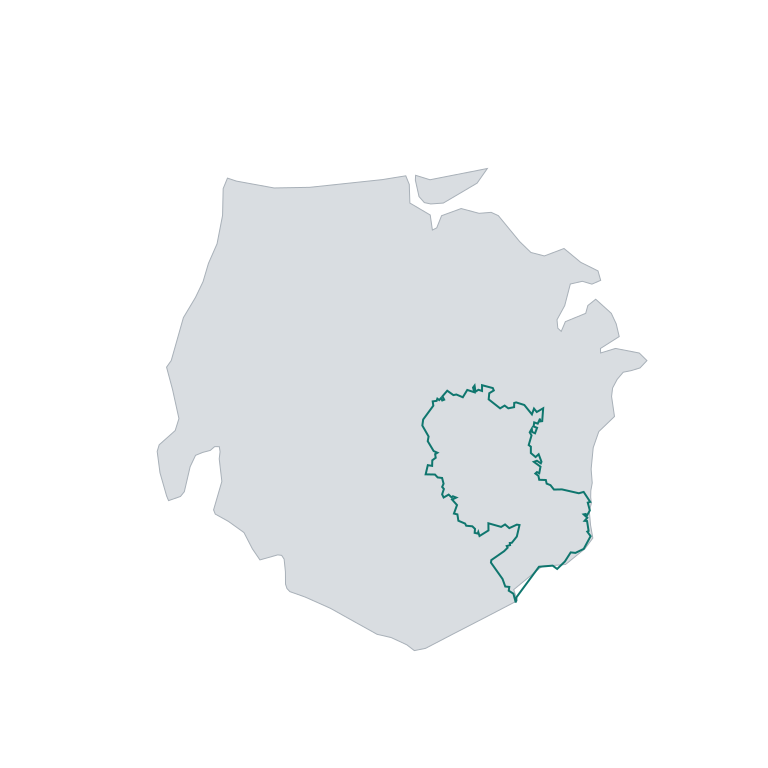 Bombali, Northern, Sierra Leone (highlighted), rotated 153°
{"feature_id": "65957751B29483301504535", "entity_name": "Bombali", "entity_type": "district", "adm_level": 2, "iso_a3": "SLE", "parent_name": "Sierra Leone", "parent_adm1": "Northern", "projection": "orthographic", "projection_center": [-12.185, 9.331], "detail": "medium", "context": "in_parent", "style": "outline", "palette": "teal", "viewbox_px": 768, "rotation_deg": 153, "n_neighbors": 0, "source": "geoboundaries", "source_scale": "gbopen_adm2", "svg_char_len": 3541}
<svg xmlns="http://www.w3.org/2000/svg" viewBox="0 0 768 768"><g transform="rotate(153 384 384)"><path d="M628.9,377.9L628.5,383.0L623.9,406.6L616.7,426.9L611.9,431.9L591.2,437.3L582.4,446.3L574.9,475.1L570.1,497.7L562.9,501.5L532.6,534.2L512.7,546.7L498.8,557.3L485.6,571.2L469.1,584.7L451.3,607.5L438.6,631.1L430.0,638.5L423.4,631.8L393.0,608.6L361.0,593.0L292.8,566.9L270.1,559.6L270.9,550.3L278.8,533.5L266.1,513.6L271.0,499.2L266.1,499.2L256.3,507.8L235.6,505.3L221.8,492.9L210.6,488.3L205.7,482.1L198.5,449.4L193.4,434.5L183.0,425.3L162.1,423.0L153.5,403.1L142.0,387.6L143.9,378.0L153.4,378.6L160.7,385.5L172.6,388.5L187.4,371.8L200.7,362.7L203.8,354.8L202.2,350.4L194.1,357.2L172.2,355.4L166.7,361.4L156.9,363.4L149.4,343.8L149.8,332.2L152.9,319.5L175.0,317.4L176.9,313.3L161.6,310.6L142.5,295.7L139.1,285.5L148.6,282.1L157.7,283.7L165.5,285.9L174.1,282.3L182.1,276.7L186.9,269.6L193.4,250.4L214.2,244.1L226.5,232.3L238.1,214.1L243.4,201.3L248.2,195.0L251.2,189.4L253.5,183.4L258.7,177.8L264.1,164.3L267.9,151.9L279.8,146.0L304.2,140.8L326.1,149.8L361.8,141.9L363.6,130.4L396.2,130.1L434.9,129.9L467.0,129.6L478.0,132.7L482.1,141.3L492.7,154.8L503.8,164.1L517.6,184.6L533.6,208.5L551.0,230.0L562.1,241.7L563.3,245.8L562.6,250.4L557.1,261.4L552.5,273.3L553.0,277.8L556.3,280.0L574.4,283.6L576.1,296.8L576.2,315.2L585.0,332.2L593.4,344.7L593.0,349.2L572.7,370.8L564.8,392.1L560.8,398.1L559.2,402.9L563.3,405.1L568.9,403.7L576.8,405.4L584.3,406.0L594.3,398.3L610.8,378.7L616.4,376.2L628.9,377.9ZM263.5,551.4L261.1,555.6L250.3,545.1L194.1,529.1L209.9,520.7L249.0,518.3L260.6,523.2L265.7,527.3L267.7,535.1L263.5,551.4Z" fill="#d9dde1" stroke="#a8b0b8" stroke-width="1"/><path d="M297.2,338.4L299.8,333.3L302.5,336.0L306.0,335.6L304.0,341.5L306.3,340.4L307.2,335.6L312.5,340.9L319.8,336.4L324.3,341.8L327.2,342.6L330.7,349.3L337.5,346.5L337.5,342.7L339.6,342.9L339.6,345.6L342.1,344.6L343.1,346.7L344.8,345.1L348.5,346.4L349.9,342.3L365.2,334.6L368.7,329.6L368.1,317.0L371.0,313.2L370.2,301.7L367.6,298.5L370.3,298.3L371.4,294.8L375.6,294.1L378.3,289.2L381.8,291.8L387.9,284.6L379.7,280.2L378.6,276.4L374.9,273.9L376.2,268.1L378.9,265.9L378.3,263.3L382.3,259.3L382.4,255.8L376.6,256.1L375.2,252.2L373.6,252.7L371.2,250.0L375.8,250.1L373.9,243.0L380.5,236.8L377.8,234.5L379.8,228.4L375.1,222.8L375.1,220.4L369.9,217.1L368.7,213.6L370.8,210.2L368.4,208.2L367.2,209.3L367.9,205.2L357.4,206.1L354.2,212.5L344.5,203.5L339.9,203.9L337.8,198.7L329.5,198.4L327.3,196.8L334.9,187.8L342.2,184.5L344.1,185.2L344.8,183.2L348.2,183.9L348.2,182.0L352.9,180.5L368.3,178.4L369.8,176.3L366.9,156.5L367.9,148.5L364.5,146.3L366.7,143.2L363.9,138.4L365.8,129.5L362.7,133.9L328.9,150.8L316.2,145.6L313.7,140.6L303.5,143.7L294.1,149.2L290.1,146.6L280.9,146.4L269.0,154.6L269.9,160.2L268.4,160.2L265.3,169.7L267.4,171.0L263.6,172.5L265.3,177.2L263.3,176.6L263.1,174.5L258.0,177.9L256.3,185.8L253.8,185.3L255.1,197.2L260.0,198.2L273.3,209.3L280.5,212.8L281.6,218.3L284.3,221.4L283.4,225.0L289.2,228.2L288.1,232.1L289.8,235.5L287.7,236.1L286.2,234.0L282.1,239.3L285.8,246.6L282.6,246.2L280.3,242.1L279.0,243.2L278.1,251.2L282.1,250.1L284.5,255.8L281.6,261.5L282.8,263.9L275.9,271.2L276.1,274.8L272.6,277.1L273.8,274.0L271.8,271.5L267.5,275.5L270.0,278.2L267.6,281.6L265.0,278.9L260.7,282.3L261.9,279.8L259.9,279.1L253.2,290.1L260.6,289.7L261.5,294.0L266.0,289.8L268.5,301.6L274.6,307.6L276.6,308.0L278.6,304.3L284.3,305.9L286.3,310.0L291.6,309.6L297.7,322.8L294.4,328.0L289.1,328.4L288.9,331.0L297.2,338.4Z" fill="none" stroke="#0f766e" stroke-width="2"/></g></svg>